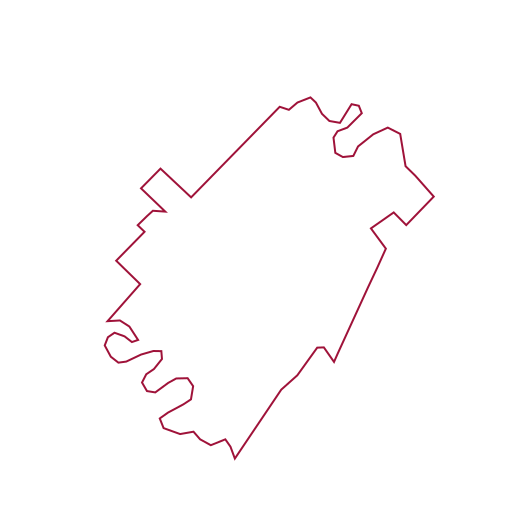 Dois Lajeados, Rio Grande do Sul, Brazil (Robinson projection), rotated 314°
{"feature_id": "56859067B92510091629986", "entity_name": "Dois Lajeados", "entity_type": "district", "adm_level": 2, "iso_a3": "BRA", "parent_name": "Brazil", "parent_adm1": "Rio Grande do Sul", "projection": "robinson", "projection_center": [-51.855, -28.973], "detail": "fine", "context": "isolated", "style": "outline", "palette": "rose", "viewbox_px": 512, "rotation_deg": 314, "n_neighbors": 0, "source": "geoboundaries", "source_scale": "gbopen_adm2", "svg_char_len": 1155}
<svg xmlns="http://www.w3.org/2000/svg" viewBox="0 0 512 512"><g transform="rotate(314 256 256)"><path d="M95.6,381.5L177.4,367.0L198.9,368.6L232.6,363.7L237.4,368.3L234.0,385.7L243.0,382.4L311.7,358.2L331.7,351.4L351.5,344.3L355.7,319.5L383.0,324.8L382.6,342.6L422.2,342.6L424.4,314.9L424.5,301.2L444.0,274.9L439.9,261.6L425.0,255.8L405.7,253.3L395.6,256.5L387.5,249.7L385.3,241.4L395.0,229.5L402.4,228.0L411.8,232.5L432.2,232.9L435.5,225.6L431.6,219.3L410.1,223.9L404.1,215.0L404.1,204.7L408.0,192.5L407.9,185.0L395.2,179.2L384.0,178.1L379.8,169.4L253.1,168.6L252.5,126.6L224.8,126.3L224.9,159.9L216.9,150.4L209.3,149.9L196.0,149.5L196.0,159.0L155.5,158.7L155.3,192.2L106.0,194.5L115.1,202.9L117.3,213.9L113.7,229.5L107.9,226.5L106.9,217.3L102.5,207.5L94.7,205.9L86.6,209.3L82.7,221.5L83.7,231.1L89.9,236.0L105.3,241.8L116.4,248.2L121.8,254.0L116.6,259.9L103.8,261.1L94.7,259.2L85.8,261.9L83.1,271.4L87.9,278.3L103.8,281.0L112.5,283.7L120.6,291.7L118.7,301.2L107.7,308.8L98.8,306.8L82.3,301.5L72.3,299.6L68.0,309.1L75.2,325.1L86.2,333.1L85.3,343.1L88.5,354.9L102.8,361.3L101.1,370.1L95.6,381.5Z" fill="none" stroke="#9f1239" stroke-width="2"/></g></svg>